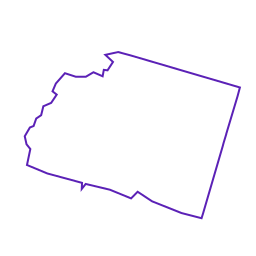 Giles, Tennessee, United States of America (Robinson projection), rotated 285°
{"feature_id": "52423323B25757785187311", "entity_name": "Giles", "entity_type": "district", "adm_level": 2, "iso_a3": "USA", "parent_name": "United States of America", "parent_adm1": "Tennessee", "projection": "robinson", "projection_center": [-87.032, 35.224], "detail": "fine", "context": "isolated", "style": "outline", "palette": "violet", "viewbox_px": 256, "rotation_deg": 285, "n_neighbors": 0, "source": "geoboundaries", "source_scale": "gbopen_adm2", "svg_char_len": 710}
<svg xmlns="http://www.w3.org/2000/svg" viewBox="0 0 256 256"><g transform="rotate(285 128 128)"><path d="M59.9,222.4L62.5,222.5L64.5,222.6L95.5,223.3L134.7,224.2L138.6,224.2L147.6,224.5L148.2,224.4L149.1,224.5L150.2,224.5L187.0,225.6L189.5,225.6L191.4,225.6L192.5,225.6L196.1,225.6L198.8,111.3L198.8,98.8L192.8,87.2L187.9,96.4L178.4,93.3L177.9,89.6L171.4,90.1L172.9,80.2L166.6,74.0L164.0,64.4L164.6,52.9L152.3,46.8L143.9,45.6L141.8,50.5L132.4,47.3L127.1,40.6L117.9,40.8L113.4,36.9L105.5,36.3L103.1,33.1L93.3,30.4L86.0,34.2L82.4,39.1L66.1,40.0L63.2,61.8L63.1,97.8L57.2,99.1L63.0,101.6L63.7,126.5L60.8,149.2L68.9,153.8L63.4,170.3L59.7,201.6L59.9,222.4Z" fill="none" stroke="#5b21b6" stroke-width="2"/></g></svg>